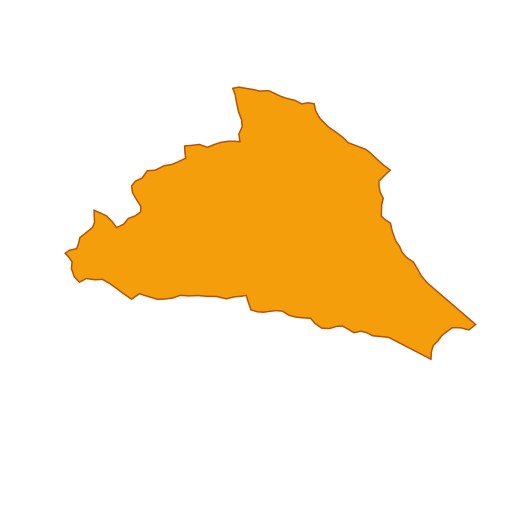 São José de Caiana, Paraíba, Brazil (orthographic projection), rotated 247°
{"feature_id": "56859067B86107293637085", "entity_name": "São José de Caiana", "entity_type": "district", "adm_level": 2, "iso_a3": "BRA", "parent_name": "Brazil", "parent_adm1": "Paraíba", "projection": "orthographic", "projection_center": [-38.322, -7.247], "detail": "fine", "context": "isolated", "style": "filled", "palette": "amber", "viewbox_px": 512, "rotation_deg": 247, "n_neighbors": 0, "source": "geoboundaries", "source_scale": "gbopen_adm2", "svg_char_len": 1921}
<svg xmlns="http://www.w3.org/2000/svg" viewBox="0 0 512 512"><g transform="rotate(247 256 256)"><path d="M333.1,81.4L327.8,83.3L322.5,84.4L316.6,81.2L308.0,80.6L300.9,83.2L301.6,91.0L297.1,98.4L294.5,105.5L287.5,110.8L280.6,115.0L275.6,117.8L264.9,124.5L266.8,134.0L262.1,139.4L254.7,148.3L252.3,154.5L249.9,162.8L249.4,170.9L245.5,178.6L242.1,187.5L237.8,195.6L234.3,203.6L228.1,212.1L226.9,219.9L224.9,226.1L223.5,231.6L217.3,230.9L208.4,230.3L204.0,235.6L201.3,241.1L199.6,247.5L197.8,253.4L194.9,258.8L188.7,263.1L184.3,268.6L180.4,275.7L177.4,281.9L170.7,284.0L163.9,288.3L160.5,295.4L159.8,302.4L157.7,308.2L152.6,312.3L147.1,316.2L145.9,323.0L142.1,328.0L137.0,332.2L133.0,339.6L129.2,346.4L92.6,376.7L99.4,380.1L104.4,384.3L106.5,389.8L110.0,395.7L111.8,402.0L113.3,408.6L110.0,416.3L104.8,423.0L107.1,431.4L164.8,402.9L174.2,400.2L180.2,399.7L188.9,398.5L195.8,394.0L202.6,391.9L208.5,391.9L215.2,390.5L225.6,391.1L233.7,392.6L238.2,389.6L243.5,386.9L249.4,389.5L254.4,391.9L259.4,395.7L266.2,395.2L271.5,396.3L276.8,398.4L280.6,407.3L282.6,413.1L290.0,408.8L298.8,404.7L306.5,401.4L311.3,398.7L317.2,392.5L324.3,385.1L330.7,382.6L337.7,378.6L346.4,373.1L357.3,368.7L366.1,367.6L373.5,369.0L376.7,363.7L378.2,357.4L383.8,353.0L389.6,345.2L393.4,341.1L403.2,332.3L406.5,323.6L410.3,318.5L418.2,306.1L419.4,300.1L413.0,299.9L404.7,298.0L395.6,296.3L386.7,295.9L380.2,293.6L375.0,287.9L367.5,285.9L370.1,280.9L372.5,275.1L374.4,267.8L375.0,260.3L375.0,253.8L380.8,247.5L383.1,239.6L385.2,233.3L378.7,230.9L373.5,229.5L373.1,220.5L373.1,214.3L375.0,206.8L374.4,196.5L377.0,189.3L372.3,181.6L372.0,174.2L369.1,168.8L362.6,167.1L355.6,167.9L346.6,169.4L341.7,167.0L340.2,160.8L340.4,153.1L337.0,146.6L336.6,138.8L344.0,137.0L351.3,134.0L356.6,129.4L361.4,124.8L349.9,120.4L346.0,116.5L344.5,110.8L341.7,101.0L336.8,97.5L332.8,93.7L334.2,86.8L333.1,81.4Z" fill="#f59e0b" stroke="#b45309" stroke-width="1.5"/></g></svg>